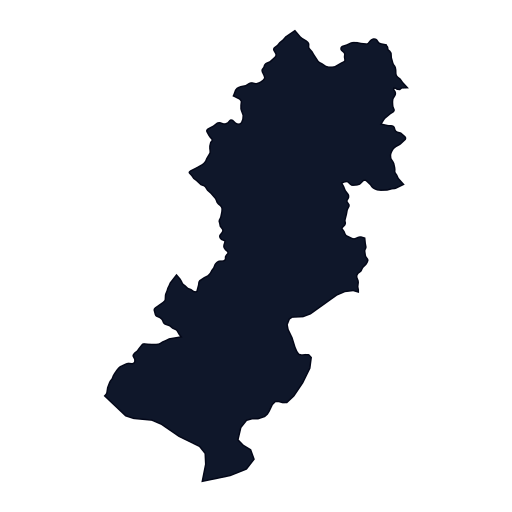 map outline of Raški (Equal Earth projection)
{"feature_id": "SRB-834", "entity_name": "Raški", "entity_type": "District", "adm_level": 1, "iso_a3": "SRB", "parent_name": "Republic of Serbia", "parent_adm1": "", "projection": "equal_earth", "projection_center": [20.586, 43.343], "detail": "fine", "context": "isolated", "style": "filled", "palette": "ink", "viewbox_px": 512, "rotation_deg": 0, "n_neighbors": 0, "source": "natural_earth", "source_scale": "10m", "svg_char_len": 6007}
<svg xmlns="http://www.w3.org/2000/svg" viewBox="0 0 512 512"><path d="M358.3,292.0L353.2,290.5L344.8,291.5L336.7,295.0L310.4,313.8L303.0,316.6L292.1,317.1L289.3,319.0L287.1,324.6L288.0,329.5L292.0,337.8L294.9,347.2L296.7,351.4L298.7,354.3L301.7,355.1L305.3,354.7L308.7,354.8L311.2,357.5L309.8,368.2L302.7,382.7L293.8,395.9L286.8,402.5L282.7,402.6L278.8,401.5L275.3,401.5L272.3,404.5L269.1,411.2L267.3,414.1L264.6,416.5L258.1,418.7L252.2,418.7L246.5,420.3L240.8,427.5L237.9,439.8L243.2,445.3L250.6,449.8L254.0,459.2L246.4,469.0L230.2,475.5L202.3,481.3L205.7,464.3L205.2,453.4L199.6,446.4L179.0,436.3L161.4,424.2L151.8,420.1L133.7,418.4L125.7,415.8L104.7,395.9L106.1,394.4L106.7,393.4L107.0,392.3L107.7,387.6L109.7,382.4L110.4,381.1L112.2,378.8L113.4,375.7L114.7,373.5L116.9,370.3L118.7,368.1L120.3,366.7L125.9,364.1L127.0,363.7L128.5,363.4L132.4,363.8L134.2,362.9L134.8,361.8L134.9,360.0L134.7,359.0L133.2,356.1L133.2,355.3L133.6,354.5L134.8,353.0L137.4,351.0L139.0,348.7L142.2,344.7L142.9,344.1L144.1,343.9L147.9,344.3L152.0,344.5L156.0,344.5L158.6,344.2L160.1,343.6L162.6,342.0L165.9,340.6L169.3,338.9L181.3,336.9L179.3,334.4L177.1,330.6L176.3,329.8L172.6,328.1L170.1,326.0L169.4,325.6L165.1,324.1L164.3,323.5L163.6,322.7L162.5,320.1L161.7,319.0L160.0,317.6L156.4,316.0L155.8,315.3L155.4,314.5L154.2,310.0L154.5,308.9L155.5,307.8L163.1,302.5L164.8,300.9L165.3,299.7L165.5,295.5L165.7,294.3L167.1,290.9L167.9,288.2L169.2,285.6L170.3,283.0L176.5,275.0L180.0,279.1L181.3,281.3L182.4,283.6L183.1,284.4L185.1,285.9L187.5,288.2L188.2,288.6L190.9,289.6L193.7,291.6L195.2,291.9L196.2,291.8L196.9,291.5L198.6,285.1L199.0,282.1L199.8,280.7L204.3,277.7L207.9,275.9L209.6,274.2L210.5,273.1L212.0,270.3L213.8,267.9L215.1,264.6L215.6,263.9L216.9,262.5L218.4,261.5L219.3,261.2L222.9,261.1L223.5,261.0L224.8,260.2L225.2,259.7L225.5,258.9L225.5,257.3L225.6,256.5L226.8,254.7L228.0,253.5L228.1,252.5L227.3,251.2L225.6,249.8L224.2,247.7L223.9,246.7L224.0,245.1L224.8,242.5L225.1,240.9L221.5,239.4L220.2,237.9L219.8,236.8L219.8,235.9L220.2,235.0L222.3,232.3L222.7,231.4L222.9,230.6L222.8,229.7L222.3,228.8L220.3,226.2L219.8,223.5L219.2,221.2L219.5,219.9L220.5,218.0L220.9,216.8L221.9,211.9L222.1,209.4L222.0,208.2L221.6,207.1L220.5,205.6L218.5,204.0L217.2,202.4L216.2,199.8L215.5,198.4L211.0,193.2L207.6,190.2L205.5,186.9L204.3,185.8L201.0,184.6L196.5,180.4L193.8,178.4L191.8,175.5L189.5,173.0L189.3,172.6L189.5,171.9L190.7,170.9L195.9,168.3L202.2,164.8L203.9,163.5L205.7,161.3L206.8,158.6L210.1,153.0L210.2,151.1L209.9,148.6L209.9,146.0L210.8,142.2L211.2,142.0L211.8,141.3L212.1,140.6L212.2,139.8L212.0,139.1L210.4,137.4L208.9,135.2L206.9,131.5L206.8,130.6L207.2,129.8L207.9,129.1L209.9,128.0L213.4,126.2L217.1,123.3L217.7,123.0L219.4,122.7L220.4,122.9L223.2,123.9L224.4,124.0L225.6,123.9L227.9,122.9L229.9,120.6L230.6,120.1L231.2,120.0L232.6,120.4L235.5,123.2L237.2,124.0L238.4,124.2L239.6,124.1L240.5,123.6L241.2,123.1L241.7,122.4L242.9,119.3L243.2,115.8L243.1,114.9L241.5,110.6L241.0,108.8L241.0,105.2L241.4,101.8L241.2,100.9L240.1,99.4L239.3,98.8L233.4,95.9L234.0,94.6L235.6,90.2L237.1,88.4L238.5,87.6L240.8,86.7L245.8,85.7L249.0,83.7L250.3,83.1L251.9,82.9L255.4,83.7L256.4,83.8L259.3,82.8L260.7,82.1L263.2,80.3L264.3,78.9L264.7,78.1L264.7,77.3L264.0,75.2L262.4,71.9L262.1,70.5L262.3,69.5L263.9,67.4L264.6,65.2L265.6,63.9L266.7,63.2L270.0,61.8L275.0,57.3L275.9,56.1L276.1,54.6L275.9,53.7L273.9,50.2L273.7,49.4L273.9,48.6L274.3,47.9L277.6,45.4L279.8,42.7L283.1,40.0L285.9,36.8L294.9,30.7L300.1,36.9L301.9,38.4L306.2,41.0L307.8,42.4L308.5,43.5L308.7,44.4L308.6,46.5L308.8,48.0L309.2,48.6L312.0,51.8L313.4,54.3L318.1,61.5L319.5,62.6L321.9,63.8L325.7,66.4L328.5,67.2L332.4,67.2L334.9,66.8L341.5,63.0L343.8,61.9L344.8,61.1L345.0,60.0L344.5,57.0L344.8,53.9L344.1,52.5L341.6,50.3L341.1,49.5L341.0,48.6L341.1,47.8L341.6,47.0L342.4,46.4L346.8,45.0L351.1,43.0L353.2,42.6L357.1,42.7L360.9,43.5L367.1,44.1L368.3,43.4L370.2,41.0L371.4,39.9L373.3,39.0L374.3,39.0L375.7,39.3L376.6,39.9L378.5,42.6L379.4,43.3L381.1,43.9L386.2,44.9L386.4,45.7L387.1,46.4L387.5,47.1L387.7,47.9L387.8,49.1L388.1,49.9L389.7,51.2L391.0,53.2L391.3,57.8L392.8,63.2L393.4,64.6L394.7,66.3L395.3,67.7L395.7,70.0L395.8,73.5L396.0,74.6L396.5,75.9L397.6,77.2L400.1,79.1L402.5,82.5L407.3,87.7L401.7,87.9L399.7,89.5L397.0,89.2L395.7,88.2L393.7,88.2L393.6,88.9L393.7,89.7L395.0,91.7L395.3,92.6L395.4,93.7L395.2,94.7L394.7,95.7L393.0,98.5L392.7,99.6L392.5,101.9L392.6,104.3L392.8,106.5L394.1,109.9L394.0,110.7L393.2,111.8L390.2,113.7L384.8,118.2L383.8,119.5L380.9,124.1L388.1,125.7L391.6,125.8L392.9,126.2L393.7,126.8L394.2,127.6L395.0,130.2L396.0,131.5L397.3,132.2L400.7,133.1L404.4,136.3L405.1,137.0L405.5,137.8L405.5,138.6L405.2,139.4L400.6,143.7L399.7,144.4L395.7,146.6L393.4,148.5L392.1,150.5L391.1,152.6L390.6,154.3L390.5,155.5L390.7,157.9L391.0,159.0L392.8,161.7L393.7,163.5L394.6,167.6L394.8,169.5L394.7,171.6L395.1,172.9L396.7,175.2L397.8,177.7L398.4,178.7L403.5,184.4L395.7,188.2L394.6,188.5L392.0,188.7L387.1,190.0L380.9,190.2L377.3,189.8L375.0,188.9L373.2,187.9L371.9,186.7L370.5,184.6L369.7,183.9L367.0,181.3L366.2,180.6L365.2,180.2L363.9,180.3L363.1,180.7L360.2,183.6L359.4,184.2L356.9,184.9L353.1,185.2L351.8,185.1L350.5,184.3L347.9,181.8L346.5,181.5L344.3,181.9L341.6,183.1L343.5,186.4L345.2,190.6L348.0,194.3L348.5,195.3L348.6,197.1L348.1,198.4L347.1,200.0L346.8,201.2L347.1,202.0L348.9,204.7L349.0,205.5L348.9,206.3L347.5,209.1L347.1,210.2L346.4,214.1L344.9,220.1L344.9,221.0L345.3,222.9L345.2,223.8L344.7,225.0L342.1,227.7L341.9,228.5L342.1,228.9L344.0,231.6L345.0,234.1L346.0,235.6L352.0,238.5L352.9,238.8L354.3,238.9L355.4,238.6L358.2,237.4L359.9,237.0L361.0,237.0L364.7,238.1L365.2,243.2L365.9,247.1L365.6,248.3L364.8,249.9L364.7,251.3L365.3,255.5L365.7,256.7L367.5,259.2L367.7,259.7L367.8,260.4L367.2,262.1L366.1,264.0L365.4,264.8L363.0,267.1L362.2,268.3L361.1,270.7L360.6,271.3L357.9,273.3L356.7,275.5L356.7,277.3L358.0,280.7L358.1,281.6L358.2,282.5L357.7,286.7L358.3,289.9L358.3,292.0Z" fill="#0f172a" stroke="#020617" stroke-width="1.5"/></svg>